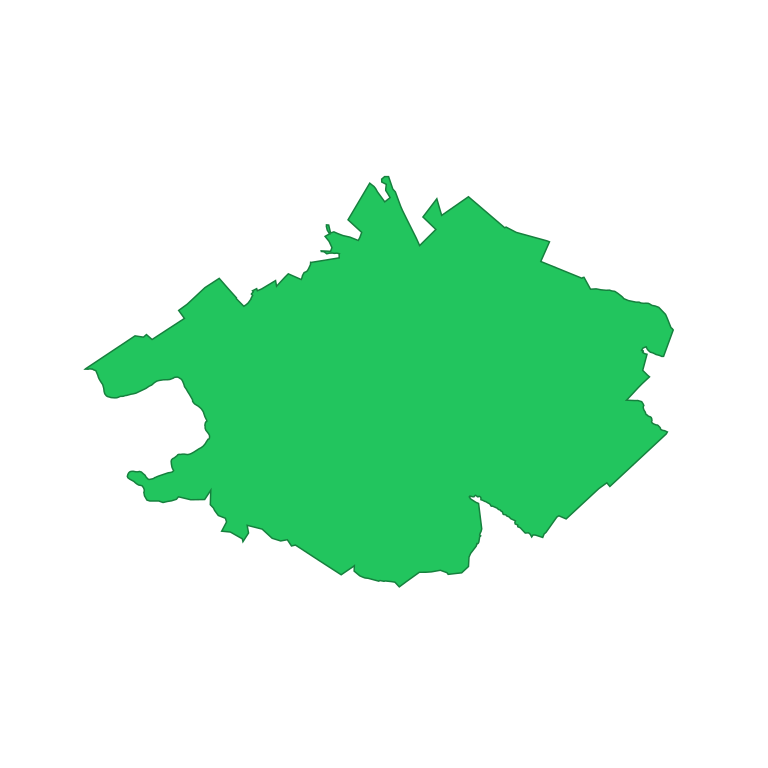 Ixtlahuacán, Colima, Mexico, rotated 115°
{"feature_id": "50627088B68671951504705", "entity_name": "Ixtlahuacán", "entity_type": "district", "adm_level": 2, "iso_a3": "MEX", "parent_name": "Mexico", "parent_adm1": "Colima", "projection": "albers", "projection_center": [-103.676, 18.957], "detail": "fine", "context": "isolated", "style": "filled", "palette": "green", "viewbox_px": 768, "rotation_deg": 115, "n_neighbors": 0, "source": "geoboundaries", "source_scale": "gbopen_adm2", "svg_char_len": 6135}
<svg xmlns="http://www.w3.org/2000/svg" viewBox="0 0 768 768"><g transform="rotate(115 384 384)"><path d="M211.6,147.8L204.6,155.2L201.9,158.3L198.4,167.4L198.7,171.2L199.5,174.4L199.2,176.9L199.2,178.6L200.1,180.8L201.2,182.9L202.0,185.4L202.0,187.4L203.3,190.1L205.1,197.8L205.3,202.7L204.5,204.4L204.0,206.1L203.0,210.5L202.5,214.0L203.4,217.0L203.6,219.2L205.2,222.3L206.9,227.1L208.1,231.9L210.8,236.9L202.8,247.8L203.3,248.6L204.5,249.4L206.7,293.7L185.2,294.1L185.4,296.9L190.7,328.2L190.2,339.7L191.4,340.6L178.6,386.6L206.8,403.0L202.3,407.0L193.8,414.4L216.2,419.3L222.0,402.3L243.5,410.2L238.0,416.6L225.4,432.5L218.9,440.6L215.9,444.0L205.1,454.9L203.6,458.4L194.1,467.5L195.8,471.1L199.3,472.7L201.9,471.4L202.1,466.3L204.8,465.4L206.4,464.9L207.9,464.2L209.4,461.8L212.5,457.2L218.6,460.3L212.6,471.2L210.4,474.2L209.3,476.4L208.0,481.8L250.4,486.0L256.0,468.3L261.4,467.8L264.8,468.0L265.3,477.0L266.8,483.9L267.2,489.2L267.3,493.7L269.7,496.3L263.3,501.3L264.1,503.4L265.8,502.7L266.2,502.3L268.5,500.5L271.0,496.7L271.1,496.9L275.1,499.8L278.0,494.0L282.4,488.8L286.3,488.5L289.9,497.2L290.4,496.8L290.2,496.5L289.5,494.0L290.2,490.9L288.3,488.5L287.7,487.1L287.2,486.6L287.1,485.9L286.6,484.2L285.3,482.0L284.8,479.4L285.6,479.4L288.6,477.9L304.8,501.7L304.8,501.9L306.9,501.1L309.9,501.1L311.3,501.1L312.7,501.2L314.0,501.4L315.1,502.0L316.8,503.5L320.1,503.7L322.8,503.2L324.3,503.2L324.6,517.3L329.2,519.0L340.8,522.7L336.1,526.0L349.6,535.1L353.0,538.2L351.4,539.7L355.1,542.6L355.6,541.4L358.5,542.2L359.2,540.5L362.8,540.7L363.1,540.4L368.1,541.4L370.5,542.5L372.8,543.9L369.1,553.9L369.0,554.0L368.3,554.1L363.6,565.1L357.9,578.0L372.3,587.0L394.9,596.1L404.1,601.2L408.9,592.6L441.7,613.0L439.6,620.2L443.2,621.8L445.6,630.0L496.3,660.9L496.8,661.1L495.5,658.2L494.5,656.9L494.2,655.6L493.7,654.7L493.9,653.2L493.7,650.8L497.0,647.1L498.5,645.8L499.9,644.2L501.8,641.4L503.4,638.7L506.2,636.3L507.9,635.2L508.8,634.7L510.6,633.2L511.2,632.4L511.7,631.3L512.1,630.5L512.2,629.1L511.8,626.9L511.7,625.7L510.4,622.3L509.4,620.3L508.2,619.1L506.7,617.8L505.3,615.1L503.9,613.7L503.1,612.4L500.1,608.9L499.1,607.4L497.2,605.0L488.6,597.9L485.2,595.9L483.1,594.1L479.7,592.6L477.5,591.2L476.0,589.5L473.4,585.7L471.5,581.8L470.4,580.0L467.7,577.4L466.5,576.7L465.0,574.2L464.9,572.8L465.4,569.4L466.6,567.7L467.5,566.7L469.0,565.1L470.7,563.7L472.3,560.9L474.1,558.4L475.8,555.7L479.2,550.9L480.6,550.1L481.4,548.8L482.1,547.2L482.6,542.9L483.2,540.6L483.8,538.9L485.5,536.1L489.3,532.5L491.7,529.5L492.5,528.8L493.0,528.9L493.5,529.4L494.7,529.5L497.1,528.9L498.0,528.2L499.7,527.4L501.1,526.0L503.3,521.8L504.2,520.6L505.5,519.8L506.9,519.3L508.1,519.5L508.4,520.1L511.7,520.6L513.3,520.7L514.9,521.1L516.7,521.6L519.1,522.9L520.9,524.3L526.3,527.7L528.7,529.5L529.9,530.7L531.0,532.2L532.0,535.5L532.8,537.1L533.9,538.8L534.3,539.9L534.8,540.6L535.3,541.0L536.3,541.2L539.5,542.8L540.9,543.9L542.1,544.4L542.8,544.5L544.1,544.2L546.5,542.8L549.0,541.0L550.3,539.6L551.3,538.1L551.7,538.1L552.5,538.4L553.4,538.9L554.7,540.5L555.1,541.2L555.7,542.1L562.6,549.3L564.2,550.8L565.1,551.5L565.7,552.2L566.5,552.6L567.6,553.5L569.6,556.2L570.0,557.2L569.0,560.1L567.6,562.1L567.1,564.2L566.3,566.7L566.6,568.7L567.6,569.9L568.4,571.7L569.1,574.5L570.1,576.3L570.8,577.1L572.0,577.7L573.1,577.9L574.3,577.9L576.2,577.6L577.2,576.5L577.7,574.2L578.0,569.5L578.7,567.4L579.1,565.5L579.2,564.2L579.2,563.2L578.8,562.2L578.5,560.1L579.9,557.8L581.3,556.5L582.9,555.9L583.6,555.9L586.6,553.8L589.4,549.8L589.0,546.8L585.2,538.6L584.8,534.2L581.9,530.5L579.7,527.2L576.2,523.4L573.1,522.6L570.6,510.3L564.5,497.7L553.5,496.1L566.8,490.4L568.5,486.1L570.2,484.1L573.2,478.6L572.7,471.0L575.6,468.4L586.0,468.9L583.1,460.7L584.2,447.0L586.5,445.2L576.3,443.8L569.9,448.3L567.0,433.1L571.1,420.2L569.9,411.3L566.0,405.8L569.9,399.4L567.4,396.2L571.5,367.6L575.0,342.2L562.9,335.0L561.2,334.1L566.2,332.0L568.1,324.9L568.0,321.2L567.8,319.2L566.8,316.3L564.9,305.4L563.8,304.6L562.8,300.6L562.0,299.7L560.0,293.9L559.0,290.4L561.4,284.4L554.5,280.7L539.7,272.4L536.9,266.5L534.2,261.6L529.0,254.2L528.4,247.2L529.4,245.4L522.3,233.8L513.7,230.3L505.0,233.8L501.0,233.9L492.0,231.9L489.4,232.3L489.4,231.8L488.5,231.3L487.0,231.3L482.1,232.7L480.8,232.2L480.5,233.5L478.3,233.8L476.7,233.7L474.0,234.2L452.3,247.8L452.4,250.7L451.5,257.3L450.9,257.5L450.8,258.2L450.3,259.0L449.9,259.0L449.3,258.8L449.1,258.3L448.7,255.9L448.2,254.8L446.8,254.5L446.2,254.0L446.3,252.8L446.7,251.6L446.3,250.8L445.6,250.4L445.5,249.5L445.9,248.3L447.1,247.6L447.9,247.3L447.7,245.2L447.8,243.1L447.6,241.9L447.9,239.3L447.9,237.9L448.4,236.5L449.2,235.9L449.3,234.8L448.8,234.0L448.7,228.9L449.2,227.7L449.3,226.8L449.3,226.3L449.0,225.5L449.7,224.3L449.8,223.6L449.7,223.3L449.7,222.9L449.9,222.6L451.7,220.9L451.7,220.5L451.2,218.8L451.1,218.2L451.3,217.7L451.7,217.2L451.6,214.3L452.5,212.2L452.5,207.0L454.1,206.9L455.4,206.0L455.3,203.1L456.8,202.5L456.7,199.8L459.4,193.0L457.8,190.2L458.3,188.1L460.2,185.5L457.8,185.1L456.9,182.8L456.0,175.3L452.2,175.5L450.1,174.5L431.5,171.1L429.5,169.8L429.5,168.2L429.3,161.9L388.0,145.1L379.4,140.3L381.4,136.0L310.0,107.1L307.7,106.9L307.7,110.0L307.9,110.6L308.2,111.8L308.3,113.5L308.1,114.2L307.2,114.8L306.5,116.0L306.3,116.9L305.9,117.5L305.7,118.3L305.7,119.2L306.1,120.1L306.2,122.7L306.1,123.9L305.9,124.2L305.9,124.8L305.0,125.6L303.9,125.7L303.6,125.8L303.3,126.1L302.4,126.6L301.4,127.7L301.2,129.0L301.2,129.3L301.4,130.1L301.4,131.0L300.9,132.2L300.9,133.4L300.3,134.2L299.2,135.2L298.6,136.0L297.9,137.2L296.7,138.4L295.5,139.3L294.5,139.5L293.7,139.4L292.7,140.5L291.1,143.0L291.7,147.0L293.0,149.7L296.2,157.4L287.2,154.4L279.7,152.0L274.4,150.1L265.3,146.4L264.6,149.0L262.3,155.3L245.9,158.2L246.3,160.2L246.3,160.8L246.1,162.9L245.3,163.0L245.1,162.8L244.5,163.0L244.4,163.2L244.8,164.7L244.3,164.8L241.9,164.4L241.0,163.6L239.5,162.1L240.2,161.3L241.3,159.9L242.0,158.3L242.6,156.1L242.2,153.7L242.2,151.6L242.3,149.8L242.1,149.0L242.0,148.3L241.7,146.7L241.6,143.8L240.8,142.3L212.8,144.7L212.0,146.2L211.6,147.8Z" fill="#22c55e" stroke="#15803d" stroke-width="1.5"/></g></svg>